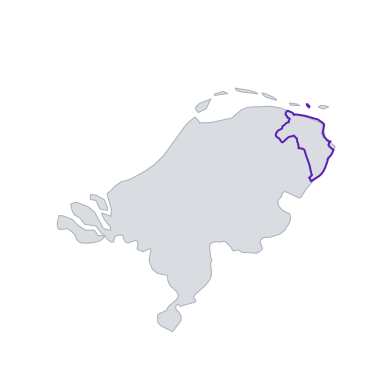 Groningen on a map of Netherlands (Mercator projection), rotated 25°
{"feature_id": "NLD-897", "entity_name": "Groningen", "entity_type": "Province", "adm_level": 1, "iso_a3": "NLD", "parent_name": "Netherlands", "parent_adm1": "", "projection": "mercator", "projection_center": [6.616, 53.2], "detail": "fine", "context": "in_parent", "style": "outline", "palette": "violet", "viewbox_px": 384, "rotation_deg": 25, "n_neighbors": 0, "source": "natural_earth", "source_scale": "10m", "svg_char_len": 4765}
<svg xmlns="http://www.w3.org/2000/svg" viewBox="0 0 384 384"><g transform="rotate(25 192 192)"><path d="M233.4,326.8L227.5,326.7L222.1,326.5L219.2,326.0L216.1,324.6L214.7,321.8L213.0,318.4L213.5,316.3L218.6,310.3L219.3,308.7L218.8,307.8L219.3,305.1L223.3,296.2L223.8,292.6L222.0,290.1L219.5,288.6L211.2,285.9L207.3,282.2L205.5,278.9L203.6,278.0L200.9,279.1L194.1,280.3L188.5,278.6L182.0,272.3L180.5,266.8L179.7,262.5L178.0,261.0L175.8,263.2L173.0,266.7L167.5,267.1L165.9,266.3L165.7,264.4L165.3,262.6L163.8,260.3L162.2,259.0L155.2,265.4L152.6,265.4L149.3,262.9L147.7,260.5L144.1,261.9L140.9,264.9L142.0,270.4L140.2,271.5L136.3,271.0L131.7,268.7L126.7,267.3L119.1,263.4L108.5,266.6L101.1,262.8L95.0,262.4L91.2,259.5L87.1,254.4L90.0,251.1L92.8,250.0L104.0,249.3L112.2,251.3L126.9,262.3L130.6,262.2L134.5,260.8L132.5,257.8L128.8,256.4L123.4,253.5L119.0,249.3L129.2,248.0L127.8,245.9L126.5,242.2L115.7,229.4L117.5,226.0L120.2,218.5L123.6,212.3L126.3,210.7L130.8,206.3L140.4,193.3L146.5,182.8L151.1,170.2L157.7,135.5L159.7,129.5L162.9,122.9L167.0,124.2L169.8,126.1L179.8,121.1L196.8,108.1L201.9,96.8L206.8,91.6L226.4,81.3L237.3,78.3L254.0,77.5L266.1,75.6L280.6,75.0L286.2,81.3L289.4,86.0L294.5,88.5L302.5,90.3L302.1,99.4L302.1,117.4L301.5,120.6L297.9,128.1L294.1,141.6L293.1,150.5L292.0,152.2L276.7,152.1L274.6,153.7L274.3,155.6L275.0,157.9L274.7,160.1L273.5,162.0L274.1,164.9L276.8,168.2L281.6,170.3L286.7,170.5L289.4,170.1L291.3,172.5L293.2,176.1L293.1,180.7L292.3,186.9L289.9,192.5L282.9,199.1L279.7,201.4L276.8,202.5L275.4,204.3L274.7,206.5L274.9,208.4L279.8,213.6L279.7,214.8L278.3,217.5L276.4,220.1L263.5,225.4L258.1,225.0L255.1,227.6L254.2,228.1L250.8,225.7L243.3,222.9L240.5,223.8L238.9,225.4L234.2,227.2L230.8,230.2L230.8,233.9L236.7,243.6L238.9,245.5L239.0,249.0L241.9,253.6L244.8,259.2L245.1,262.8L244.8,266.4L243.3,271.6L238.1,283.6L238.0,285.9L238.5,287.6L240.2,288.1L241.6,289.0L241.2,290.6L231.5,298.9L230.2,300.4L226.1,300.0L225.5,301.4L226.1,303.6L227.7,305.6L231.1,306.6L234.1,308.7L236.5,312.8L233.4,326.8ZM131.7,268.7L130.9,272.1L128.7,276.0L121.0,281.5L113.1,285.1L109.0,284.6L106.2,282.8L104.7,280.8L100.5,278.9L94.6,277.9L91.0,280.0L88.4,281.9L86.1,281.6L84.4,280.0L83.1,277.4L81.4,269.5L85.7,268.0L95.1,267.5L102.5,270.3L112.0,271.6L119.4,267.8L125.2,271.0L131.7,268.7ZM115.8,236.0L121.4,241.1L122.6,242.7L123.1,244.4L115.9,246.4L108.3,240.2L103.3,241.7L101.4,238.8L101.4,236.9L106.6,235.4L115.8,236.0ZM169.7,110.6L164.0,117.4L160.5,115.5L159.5,113.9L161.3,108.6L169.7,99.8L169.7,110.6ZM195.0,80.3L189.6,81.1L187.2,79.7L200.1,75.9L208.3,74.7L209.7,75.3L195.0,80.3ZM229.7,73.3L218.3,74.8L214.5,73.7L213.8,72.5L216.9,71.9L226.6,71.7L229.6,72.7L229.7,73.3ZM182.5,87.8L171.8,94.9L170.9,93.7L177.8,87.6L182.5,87.8ZM276.0,61.3L270.6,61.6L272.1,59.1L277.1,57.2L279.8,57.2L276.0,61.3ZM252.9,68.3L244.8,71.5L242.9,70.8L243.4,69.9L250.4,67.8L252.9,68.3Z" fill="#d9dde1" stroke="#a8b0b8" stroke-width="1"/><path d="M302.4,93.9L302.6,96.6L302.6,98.1L302.4,99.6L302.0,101.3L301.2,103.4L301.1,104.2L301.1,105.3L301.3,105.9L301.6,106.4L301.8,107.3L302.4,114.1L302.3,117.5L301.8,120.6L300.5,123.8L295.8,131.2L295.3,132.5L295.3,132.4L295.0,131.9L294.0,130.6L293.4,130.1L292.2,129.7L293.4,126.5L293.5,126.1L293.4,125.7L293.0,125.6L290.2,122.1L287.5,118.4L285.3,116.1L283.3,114.0L282.2,112.9L280.8,111.6L278.3,108.8L276.3,106.6L276.0,106.4L275.4,106.1L273.9,106.0L270.3,107.1L270.0,107.2L269.9,107.0L269.8,106.9L269.2,105.4L267.2,102.8L266.6,102.3L266.3,102.2L266.1,102.0L265.2,100.4L264.2,99.0L263.6,99.1L262.5,98.7L260.6,97.8L258.6,99.6L257.5,100.3L256.7,101.1L255.9,102.2L255.5,103.1L255.4,103.4L255.3,103.9L254.5,105.4L254.3,106.0L254.1,107.0L253.1,108.6L252.7,108.9L251.5,108.5L251.0,108.3L248.9,106.9L247.9,106.5L245.5,106.3L245.0,106.1L244.2,105.4L243.7,104.8L243.4,102.7L243.8,100.6L244.4,99.5L246.6,96.6L246.7,96.2L246.7,95.9L246.6,95.7L246.5,95.4L246.4,95.1L246.4,94.7L246.2,94.3L247.0,92.9L247.8,91.4L248.1,90.1L248.3,89.7L249.1,88.8L250.1,87.9L250.2,87.7L249.8,87.5L249.7,87.4L249.6,86.3L249.7,85.1L249.7,84.6L249.4,84.3L248.4,83.9L248.2,83.9L248.0,84.0L247.7,84.2L247.5,84.3L247.3,84.3L247.2,84.3L247.0,84.1L246.7,83.9L246.4,83.4L246.2,83.2L244.9,82.7L244.1,82.4L243.5,80.3L243.8,79.1L244.4,77.9L249.5,77.7L250.1,77.9L251.1,78.8L251.6,79.0L252.1,78.9L253.6,77.7L262.1,75.2L275.7,73.1L281.4,74.1L282.6,74.6L283.5,75.6L285.5,83.6L285.8,83.7L287.2,84.7L287.3,85.0L287.6,85.2L287.8,85.6L288.2,86.1L290.1,86.7L292.4,88.0L293.4,87.7L293.9,88.2L294.5,88.4L295.2,88.2L295.7,87.7L296.1,87.7L296.1,88.3L295.7,88.7L295.4,89.0L295.4,89.4L295.7,90.2L295.8,91.8L297.6,92.8L301.7,93.9L302.4,93.9ZM259.1,63.8L259.9,63.7L263.0,65.1L262.8,65.1L262.6,65.2L262.4,65.4L262.3,65.8L260.2,65.1L259.2,64.5L259.1,63.8Z" fill="none" stroke="#5b21b6" stroke-width="2"/></g></svg>